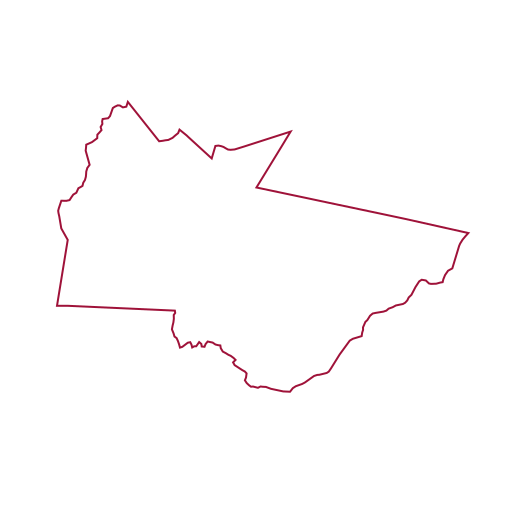 the district of Alto Santo, Ceará, Brazil, rotated 12°
{"feature_id": "56859067B2763154043889", "entity_name": "Alto Santo", "entity_type": "district", "adm_level": 2, "iso_a3": "BRA", "parent_name": "Brazil", "parent_adm1": "Ceará", "projection": "natural_earth1", "projection_center": [-38.196, -5.516], "detail": "fine", "context": "isolated", "style": "outline", "palette": "rose", "viewbox_px": 512, "rotation_deg": 12, "n_neighbors": 0, "source": "geoboundaries", "source_scale": "gbopen_adm2", "svg_char_len": 2398}
<svg xmlns="http://www.w3.org/2000/svg" viewBox="0 0 512 512"><g transform="rotate(12 256 256)"><path d="M458.9,189.4L394.2,188.7L371.2,188.7L367.6,188.7L322.1,188.8L293.9,188.8L242.2,188.9L258.3,143.4L260.7,136.5L264.0,127.1L251.4,134.3L221.4,151.5L213.0,156.2L209.1,157.4L206.5,157.7L203.9,156.9L201.6,156.1L199.2,155.8L196.3,155.8L193.4,156.8L192.4,169.8L165.2,153.8L163.1,152.5L154.9,148.3L154.3,152.0L152.1,154.7L149.8,157.8L146.1,160.7L143.2,161.7L140.8,162.7L137.4,163.9L98.6,131.9L98.1,136.9L94.9,138.3L91.5,137.1L89.4,137.4L86.9,139.3L85.2,141.0L84.1,149.5L82.7,152.0L77.5,153.9L77.5,156.3L78.3,158.8L77.2,162.1L78.7,165.0L77.2,167.7L75.6,170.3L76.2,173.8L71.9,178.7L68.9,180.9L66.8,182.4L67.2,185.2L67.5,188.4L74.3,201.4L72.7,204.9L72.4,208.7L72.8,211.3L73.1,213.9L72.9,217.2L71.8,220.2L71.7,223.5L69.9,225.2L68.2,226.6L67.1,231.5L64.5,233.9L63.3,236.7L62.0,240.1L58.9,241.5L54.1,242.4L53.2,250.3L53.1,252.9L53.9,255.1L55.3,258.1L59.8,269.5L68.5,279.4L70.4,319.1L71.7,346.1L82.5,343.8L188.0,326.3L188.8,328.5L187.8,330.8L188.7,334.5L189.0,338.2L188.9,341.2L189.0,345.2L191.5,348.9L193.0,351.7L195.4,352.8L197.4,355.5L199.2,358.5L200.7,361.4L202.8,360.2L204.8,357.9L207.3,355.0L209.6,354.0L211.3,356.1L212.6,358.7L214.3,357.2L216.3,356.7L217.3,354.4L218.3,352.0L220.8,353.4L221.7,355.8L224.5,355.5L225.0,352.6L226.5,349.7L229.0,349.7L231.6,349.7L234.7,351.0L237.4,351.1L239.7,350.9L240.7,353.5L243.4,356.4L246.6,357.3L249.6,358.4L252.0,358.9L255.3,360.4L257.6,361.9L255.7,364.8L257.8,367.2L260.7,368.3L263.0,369.2L266.4,370.5L269.1,371.3L271.2,372.8L271.5,376.9L271.0,379.9L273.3,382.2L276.1,383.9L278.3,384.9L280.2,384.3L282.4,384.4L285.3,384.5L287.6,382.7L289.9,382.5L292.9,382.0L296.2,382.5L298.3,382.8L310.8,382.8L317.5,381.7L319.5,377.6L322.0,375.1L327.7,371.6L330.1,369.6L337.7,361.3L340.6,359.6L342.7,359.0L349.5,355.7L351.2,354.0L352.7,350.4L358.3,334.9L365.3,319.3L368.0,316.8L376.0,312.4L375.8,308.8L376.1,306.0L375.5,303.6L376.7,297.7L378.2,295.6L380.0,290.7L382.1,288.0L384.8,286.8L392.2,283.9L394.9,282.3L396.7,279.9L400.3,277.7L403.1,275.3L409.7,272.4L411.6,270.7L413.2,268.0L414.0,264.8L416.1,261.7L418.5,253.1L420.9,246.9L423.0,244.8L427.2,244.6L430.9,246.9L433.0,246.9L438.1,245.6L441.7,243.7L444.0,242.8L444.1,239.7L444.9,235.3L446.9,230.5L450.6,227.3L452.6,203.8L453.1,201.4L454.7,197.0L456.6,193.4L458.9,189.4Z" fill="none" stroke="#9f1239" stroke-width="2"/></g></svg>